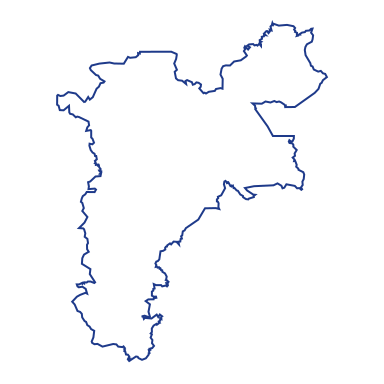 outline of Pajan, Manabi, Ecuador
{"feature_id": "8360857B88388288506249", "entity_name": "Pajan", "entity_type": "district", "adm_level": 2, "iso_a3": "ECU", "parent_name": "Ecuador", "parent_adm1": "Manabi", "projection": "orthographic", "projection_center": [-80.353, -1.699], "detail": "fine", "context": "isolated", "style": "outline", "palette": "blue", "viewbox_px": 384, "rotation_deg": 0, "n_neighbors": 0, "source": "geoboundaries", "source_scale": "gbopen_adm2", "svg_char_len": 5844}
<svg xmlns="http://www.w3.org/2000/svg" viewBox="0 0 384 384"><path d="M171.2,51.7L140.0,51.8L139.8,53.6L138.1,53.1L138.2,55.2L135.8,57.2L130.1,57.8L128.0,56.9L123.8,63.7L114.1,63.5L109.6,62.5L99.4,63.6L91.6,65.5L89.9,68.1L90.8,70.1L96.0,75.0L98.2,75.6L100.1,78.8L104.5,81.4L103.6,82.6L100.5,83.2L98.9,86.7L96.6,88.7L92.8,97.2L89.8,99.6L88.2,97.0L85.2,101.7L84.4,101.8L84.6,102.5L75.7,93.5L68.3,92.1L63.6,95.6L60.3,96.0L58.0,94.9L57.2,95.6L57.1,104.7L58.6,105.7L59.8,110.1L63.6,110.3L69.0,105.8L69.3,112.4L70.1,113.8L72.8,114.4L75.8,117.3L77.2,116.6L78.9,117.0L88.5,121.6L89.1,125.3L87.3,127.4L86.2,130.9L90.7,130.1L91.2,130.8L91.2,137.5L92.5,138.8L94.0,142.7L92.4,144.3L89.6,143.7L89.4,145.7L90.7,150.0L92.6,152.6L94.5,153.7L95.1,156.0L96.2,156.0L96.8,159.3L94.9,160.9L95.6,162.4L94.9,163.3L96.2,164.0L96.0,164.9L98.1,164.6L98.0,165.6L98.9,165.4L99.2,167.3L100.6,169.0L100.4,170.1L99.1,170.4L99.7,171.4L101.3,171.4L101.3,172.6L99.9,173.9L100.9,174.2L100.5,176.1L95.5,176.5L90.2,181.5L88.1,182.2L88.9,186.4L88.5,189.1L94.8,188.6L96.0,189.6L94.6,192.1L86.7,192.0L85.3,194.3L82.8,196.1L81.8,198.4L80.9,201.8L82.3,202.9L83.8,208.1L82.3,211.0L87.4,217.0L84.5,222.6L79.0,228.1L83.2,228.4L84.1,229.3L85.3,233.3L84.7,236.8L87.4,238.9L88.0,243.1L87.0,244.8L87.1,249.2L88.7,251.8L84.0,254.6L82.3,258.2L81.9,263.8L90.4,269.1L89.8,274.1L95.1,282.3L94.3,283.0L90.5,281.5L87.9,281.5L86.7,282.5L84.3,282.3L84.2,283.5L82.8,282.8L82.3,283.8L81.7,283.1L79.2,284.4L76.8,284.4L77.5,286.4L78.8,287.3L82.4,286.7L85.7,288.9L87.1,293.6L85.5,292.8L80.1,294.9L76.9,296.7L72.2,301.7L74.7,304.5L77.5,311.0L80.1,311.9L81.8,313.8L82.2,317.4L84.6,321.1L86.1,321.9L87.3,325.1L89.6,326.6L91.1,329.1L94.2,330.8L93.4,337.4L91.7,341.5L92.1,342.8L94.4,344.2L97.5,343.9L102.5,346.6L113.2,344.0L116.4,344.4L118.2,346.6L122.5,347.1L123.5,346.4L124.9,348.2L124.2,349.0L125.0,350.0L124.3,351.0L125.3,351.7L126.0,354.5L127.9,354.7L129.3,356.6L128.4,358.2L129.4,358.4L128.0,359.5L129.2,361.0L136.0,356.5L137.7,356.8L138.5,358.1L142.0,359.8L145.9,358.3L148.7,354.6L148.7,353.2L149.5,353.0L148.8,350.1L149.6,350.1L149.5,349.2L150.4,349.5L150.4,348.5L152.2,348.1L154.0,345.9L152.0,343.2L152.4,340.0L150.6,337.6L151.9,334.3L150.7,333.5L151.9,332.0L151.8,328.5L153.6,325.6L156.4,323.9L156.9,324.7L158.8,323.3L158.7,322.4L159.6,322.5L159.0,321.3L160.1,320.7L160.2,318.4L161.4,319.1L161.3,316.6L162.0,316.2L159.8,314.5L158.2,317.0L156.7,314.6L151.5,318.5L144.8,317.9L143.9,318.9L143.3,316.8L141.7,316.4L144.6,315.7L148.9,317.2L149.9,316.6L148.5,311.8L149.9,304.3L145.7,301.1L148.3,299.4L153.6,299.3L153.8,298.2L156.3,297.8L156.0,296.6L153.9,296.7L151.9,295.7L151.9,291.6L153.3,290.6L153.3,288.9L154.6,288.5L153.8,284.1L156.0,285.1L161.1,285.1L162.2,286.4L165.8,285.5L167.0,286.4L167.9,285.4L167.6,283.9L166.8,284.3L166.3,283.1L167.8,283.0L168.5,281.9L166.5,280.5L167.0,280.4L166.1,279.5L166.7,276.6L165.0,273.4L162.4,271.8L162.2,270.3L161.1,270.2L160.4,268.3L159.5,268.7L158.9,267.2L157.5,267.6L156.8,266.5L155.8,266.8L156.3,264.9L155.4,263.5L156.3,261.6L157.8,261.1L159.3,259.4L160.5,251.3L163.2,250.8L165.3,249.5L165.1,247.9L165.9,246.7L167.0,246.5L167.2,245.4L170.0,243.4L171.1,244.4L173.6,241.6L176.5,241.8L178.9,244.4L178.4,241.7L180.3,241.5L180.6,239.0L181.9,238.6L181.1,236.3L182.2,235.4L182.8,231.4L184.6,230.4L185.9,228.1L198.3,219.6L205.0,208.3L215.8,208.1L219.2,209.0L218.4,207.2L218.6,203.2L217.8,201.6L216.9,201.4L216.9,199.4L218.2,198.2L217.9,196.8L221.2,195.3L225.1,188.2L223.9,184.3L224.4,181.5L225.5,180.9L226.5,182.1L227.7,182.1L227.3,183.1L228.7,182.9L230.4,186.0L231.3,185.6L231.6,186.4L232.9,185.6L233.6,188.1L234.5,188.0L236.6,190.4L237.9,190.8L240.3,194.5L243.0,196.0L243.1,197.2L246.0,199.1L248.3,199.4L248.9,198.6L253.8,197.1L253.6,196.1L255.2,194.8L253.3,194.6L247.1,190.5L245.0,188.0L254.1,186.2L273.5,185.3L277.5,183.4L281.4,185.7L282.5,188.3L284.3,187.7L286.4,184.3L294.8,185.9L297.1,188.3L299.4,188.1L301.3,189.8L302.1,189.2L301.0,187.4L302.7,185.0L302.4,181.6L303.7,179.1L304.2,174.5L303.3,172.2L298.5,169.8L298.3,168.6L296.2,166.7L296.7,164.9L295.5,161.7L295.1,160.8L294.1,161.0L294.5,159.6L292.7,157.6L295.0,155.8L294.6,153.5L296.7,150.0L293.3,146.7L293.4,144.9L292.4,143.4L289.5,143.0L288.8,141.6L289.4,140.2L291.0,141.5L292.6,141.1L293.8,138.7L293.9,136.0L272.9,136.0L267.6,126.4L255.3,109.2L255.9,108.3L255.2,107.8L255.1,105.8L252.5,103.4L261.8,103.7L265.5,101.5L270.5,102.5L274.3,101.0L276.6,102.1L279.1,101.5L281.0,102.3L284.7,104.8L285.0,106.0L285.7,105.8L285.4,107.1L294.9,107.0L314.7,92.9L318.5,88.9L320.3,83.7L321.6,82.9L322.9,80.2L326.9,77.1L325.2,73.9L322.9,73.3L320.8,70.9L318.2,71.6L313.8,69.5L312.6,66.5L310.9,65.7L310.3,63.1L305.6,55.2L304.8,50.0L305.4,47.0L306.9,44.3L311.8,41.7L312.6,39.2L313.1,35.3L311.1,32.7L312.5,28.6L311.1,28.8L309.4,30.5L305.9,30.8L304.9,32.1L302.0,32.6L299.8,34.0L300.1,34.6L298.0,34.8L298.1,35.6L296.9,35.9L297.5,34.8L296.9,34.5L297.0,32.8L295.0,31.9L295.3,30.9L294.1,29.6L295.1,28.0L293.5,26.2L287.0,24.9L278.8,25.6L273.9,23.9L273.2,24.9L272.4,23.0L271.8,25.2L270.5,26.5L271.5,30.3L269.9,29.7L270.3,30.9L268.6,31.6L269.2,32.3L268.5,33.1L267.3,31.1L266.4,31.1L264.0,33.6L265.7,35.2L264.0,35.0L263.9,36.3L261.8,36.8L262.0,38.8L259.7,40.1L259.8,41.2L261.2,41.8L259.9,42.6L261.0,44.3L261.0,46.0L259.2,43.8L257.5,45.6L256.4,44.9L254.5,45.4L253.2,44.1L249.1,44.4L247.3,45.7L249.9,47.3L248.1,49.5L245.0,46.3L244.3,47.8L245.2,49.1L243.9,51.1L246.9,55.5L246.2,56.4L240.8,60.3L234.1,61.5L230.0,65.5L225.8,65.4L223.1,66.2L221.6,68.7L220.5,74.6L222.7,78.8L222.5,88.7L220.5,88.1L216.0,89.0L214.8,90.9L208.8,91.8L206.0,93.5L204.7,92.7L203.5,93.2L199.3,88.4L200.7,86.8L201.0,84.5L198.6,82.8L196.4,82.4L194.7,84.1L192.8,84.7L191.9,82.2L187.1,80.1L185.5,81.0L186.1,84.0L182.1,80.7L178.1,80.2L176.0,78.4L174.7,71.8L176.9,69.8L174.2,63.5L176.1,59.0L176.8,54.8L176.6,54.0L171.2,51.7Z" fill="none" stroke="#1e3a8a" stroke-width="2"/></svg>